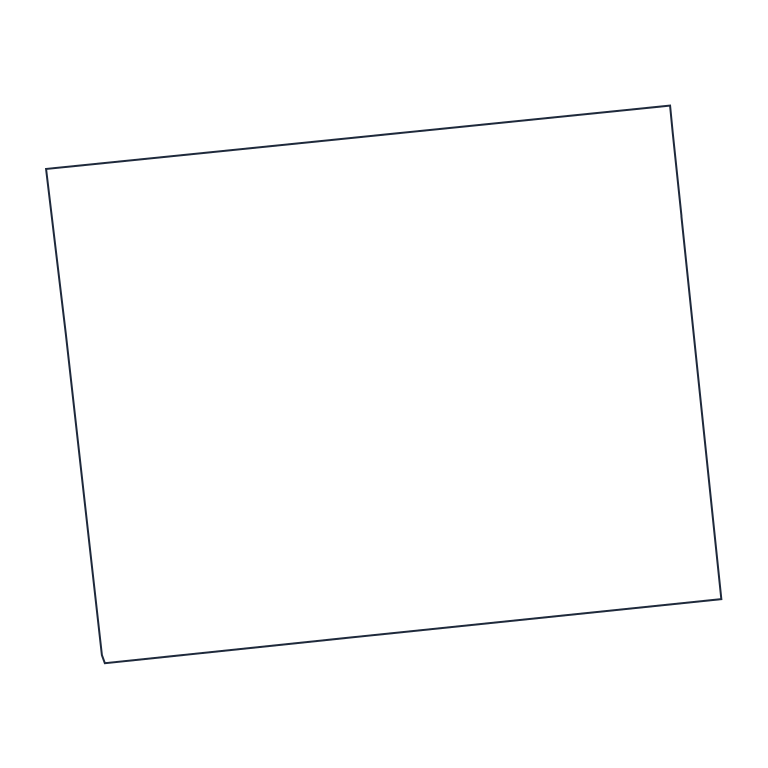 the district of Benton, Indiana, United States of America, rotated 174°
{"feature_id": "52423323B35490357444404", "entity_name": "Benton", "entity_type": "district", "adm_level": 2, "iso_a3": "USA", "parent_name": "United States of America", "parent_adm1": "Indiana", "projection": "mercator", "projection_center": [-87.341, 40.606], "detail": "fine", "context": "isolated", "style": "outline", "palette": "slate", "viewbox_px": 768, "rotation_deg": 174, "n_neighbors": 0, "source": "geoboundaries", "source_scale": "gbopen_adm2", "svg_char_len": 315}
<svg xmlns="http://www.w3.org/2000/svg" viewBox="0 0 768 768"><g transform="rotate(174 384 384)"><path d="M695.2,467.1L692.9,143.9L690.8,135.5L446.0,135.4L71.0,134.8L70.7,519.5L70.6,520.1L70.6,603.0L70.6,603.7L70.4,630.5L70.4,631.0L697.6,633.2L695.2,467.1Z" fill="none" stroke="#1e293b" stroke-width="2"/></g></svg>